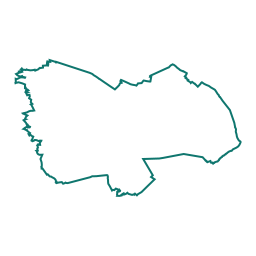 Meierijstad, Noord-Brabant, Netherlands
{"feature_id": "6326949B86116845039505", "entity_name": "Meierijstad", "entity_type": "district", "adm_level": 2, "iso_a3": "NLD", "parent_name": "Netherlands", "parent_adm1": "Noord-Brabant", "projection": "natural_earth1", "projection_center": [5.498, 51.588], "detail": "fine", "context": "isolated", "style": "outline", "palette": "teal", "viewbox_px": 256, "rotation_deg": 0, "n_neighbors": 0, "source": "geoboundaries", "source_scale": "gbopen_adm2", "svg_char_len": 5398}
<svg xmlns="http://www.w3.org/2000/svg" viewBox="0 0 256 256"><path d="M56.4,183.1L58.8,182.5L61.0,182.2L61.8,182.1L63.1,183.7L64.6,183.2L65.5,182.6L66.3,183.0L67.7,183.1L90.2,177.2L91.7,176.5L92.1,176.3L96.2,176.2L103.8,175.4L107.0,175.1L107.4,175.6L107.6,175.6L107.9,176.7L107.9,177.3L107.7,178.0L108.0,179.6L108.1,182.3L108.3,183.8L109.8,186.2L112.0,190.4L112.3,190.0L112.6,189.9L113.1,189.9L114.3,190.1L115.8,188.6L118.7,189.7L118.3,190.2L118.4,190.3L118.6,190.4L119.2,189.8L119.4,190.2L120.1,190.6L120.1,190.9L120.0,191.1L119.6,191.4L118.0,191.8L117.2,191.8L117.1,192.1L117.3,192.7L117.3,193.1L117.0,194.3L117.2,195.1L117.4,195.4L117.2,195.8L119.5,195.9L121.4,195.5L121.3,195.1L121.8,195.0L121.8,194.9L122.4,194.7L122.3,194.1L123.7,193.3L124.2,194.5L125.9,193.9L127.4,192.8L128.0,193.5L128.6,193.9L132.1,194.9L133.8,194.3L134.2,194.7L135.0,193.7L136.9,195.3L137.9,194.2L141.5,192.1L147.5,186.2L154.6,179.3L151.1,177.0L152.8,175.3L143.2,159.0L159.3,158.5L163.1,157.9L183.7,154.0L202.6,157.2L204.7,159.5L206.6,161.1L206.2,161.2L207.3,162.2L210.4,161.0L210.8,162.1L211.0,162.6L211.2,162.8L212.4,162.6L212.6,162.9L213.1,163.6L213.5,163.2L214.1,163.0L214.2,162.6L214.5,162.5L214.6,162.3L215.2,162.2L216.3,161.7L217.6,161.5L218.3,160.7L218.8,160.3L218.7,160.1L218.9,159.7L219.0,159.6L219.3,159.1L219.8,158.9L220.0,158.4L220.5,157.9L220.9,157.8L221.1,157.5L221.4,157.2L222.0,157.0L222.3,156.3L222.5,156.1L223.4,155.8L223.5,155.5L223.8,155.4L224.3,155.3L225.0,154.5L225.7,154.3L225.9,153.8L227.0,153.2L227.7,152.4L228.4,152.1L229.1,151.5L229.9,151.2L230.2,151.1L230.6,150.9L231.6,150.9L232.6,149.7L233.0,149.3L236.5,147.6L238.1,146.5L238.4,146.2L239.5,144.7L240.5,142.5L240.6,142.0L240.5,141.7L240.3,141.4L239.1,140.7L238.7,140.2L237.5,138.2L236.9,136.6L236.5,134.2L235.8,131.8L236.0,129.3L235.9,128.9L235.1,127.3L235.2,127.2L235.0,126.5L234.3,122.8L229.9,110.1L222.6,100.8L220.0,97.0L219.7,97.0L218.9,95.8L218.8,95.3L218.6,95.0L218.6,94.9L217.9,94.3L217.6,93.9L215.9,91.2L214.9,89.8L214.3,89.4L211.0,87.5L208.8,85.9L206.5,85.0L204.2,83.9L201.9,82.3L201.2,82.8L200.3,84.1L197.8,86.7L195.1,84.0L195.0,83.9L194.9,84.0L192.1,81.9L190.8,83.0L190.5,82.3L187.7,80.6L188.2,79.9L185.6,78.0L186.1,77.4L184.8,76.4L186.1,74.9L186.4,74.4L186.8,73.3L186.8,73.2L183.9,71.6L183.4,71.5L183.3,71.2L182.6,71.1L180.8,70.4L180.0,70.0L179.3,69.3L176.9,67.5L175.9,66.4L174.5,65.3L173.6,64.7L172.8,64.6L172.6,64.4L170.7,65.4L168.7,67.5L167.9,67.7L151.7,75.1L150.4,75.7L150.2,75.9L150.3,76.0L150.0,76.8L151.2,76.9L150.4,81.5L150.1,81.6L146.5,81.1L143.7,80.5L143.4,80.7L141.6,83.1L138.0,83.4L137.6,84.1L136.4,85.6L135.3,85.2L132.3,84.7L130.4,84.2L128.9,83.4L125.6,81.9L123.6,81.0L121.0,79.9L120.8,80.2L120.7,80.4L121.0,81.6L121.1,81.8L120.9,81.8L121.6,82.8L120.0,83.3L119.6,84.1L119.3,85.0L117.5,86.9L114.9,89.4L109.5,85.8L109.2,85.6L106.6,83.8L105.1,82.8L103.8,81.9L100.3,79.5L99.6,79.0L99.1,78.9L98.9,78.6L96.4,76.8L94.1,75.4L93.7,75.2L92.5,74.1L91.7,73.7L89.6,72.8L56.0,61.8L55.8,62.3L55.2,61.8L49.8,60.1L49.9,60.5L50.2,61.8L47.3,61.4L47.2,61.9L48.9,62.1L48.2,62.8L48.2,63.1L47.0,63.2L46.9,64.1L47.0,64.5L47.4,64.5L48.2,64.9L48.0,65.6L46.9,65.4L42.9,65.7L43.0,67.6L40.1,68.1L39.9,67.9L39.5,68.1L38.3,69.3L35.2,70.6L34.8,69.7L34.0,69.9L32.2,70.2L30.8,70.3L30.1,70.3L27.0,69.8L26.8,69.5L26.6,69.4L25.8,70.0L23.1,69.6L22.5,69.5L21.8,68.5L21.3,69.1L21.0,69.3L22.4,70.2L21.8,70.4L22.0,71.1L21.8,71.1L22.2,71.8L20.3,72.4L19.5,71.3L18.9,71.5L19.4,72.6L18.5,73.0L18.4,72.9L16.1,74.0L17.1,75.0L18.5,75.9L19.4,76.2L20.8,76.5L22.1,76.0L22.6,76.8L25.1,77.4L24.9,77.8L23.7,77.5L21.5,77.3L19.8,77.6L18.2,78.5L17.0,79.0L16.6,79.1L15.7,78.8L15.8,81.6L15.6,82.4L15.4,82.7L15.5,83.1L15.9,82.9L17.1,82.6L18.6,82.3L22.4,83.4L25.1,84.5L25.0,85.7L25.0,87.6L25.7,87.7L25.7,88.0L25.3,88.2L25.2,88.4L27.7,89.7L28.4,90.4L28.0,90.6L26.0,90.7L25.5,92.0L27.1,92.5L26.0,92.8L27.2,95.3L28.3,94.9L29.5,94.8L29.8,96.3L29.1,98.3L31.2,99.7L30.8,101.9L31.1,102.7L32.3,103.9L30.9,104.5L31.4,104.9L34.2,110.5L32.6,110.8L30.7,110.8L30.0,111.0L29.0,111.3L26.9,112.4L22.9,113.4L23.0,113.5L23.2,113.4L23.3,113.6L27.4,115.5L26.1,116.7L25.0,118.9L25.0,119.1L25.6,119.3L24.3,119.8L23.6,120.2L26.0,122.8L27.3,125.9L27.9,125.6L28.0,125.3L28.4,125.9L28.3,126.0L30.0,126.8L29.8,127.3L29.6,127.4L27.7,127.4L26.6,126.9L24.9,127.9L23.6,128.9L24.6,129.1L25.6,129.7L25.6,129.8L26.1,129.9L26.9,130.5L27.0,130.4L27.1,130.7L28.7,132.1L30.1,133.1L29.7,133.9L28.6,134.1L29.5,135.7L30.1,135.7L29.8,135.6L29.7,135.5L29.7,135.2L29.9,134.9L30.3,134.9L30.6,135.0L31.0,135.2L32.4,136.4L32.7,136.5L33.2,136.5L33.3,136.6L33.2,136.8L32.8,137.6L32.4,139.0L32.0,139.5L31.5,140.3L31.5,140.6L32.1,140.9L32.4,141.2L32.6,141.2L34.0,140.6L34.4,140.4L34.7,140.0L35.3,140.0L36.3,140.1L36.9,140.3L38.5,141.0L39.1,141.0L39.9,140.6L41.3,140.7L41.2,141.0L40.6,141.7L39.8,142.8L40.1,144.8L39.3,144.7L39.1,144.8L38.1,144.3L37.7,144.5L37.5,145.3L37.4,145.4L37.7,145.6L37.7,145.9L37.7,146.5L37.6,146.8L37.7,147.5L37.9,147.7L37.2,148.9L37.8,150.6L37.4,150.7L37.0,150.7L36.5,150.8L36.7,151.0L37.2,152.8L37.5,153.5L38.3,154.3L39.5,154.8L42.3,154.7L40.5,159.0L41.6,162.4L41.8,164.4L41.8,165.3L41.7,166.7L41.4,166.8L41.6,168.6L42.5,168.5L46.9,174.7L47.7,174.3L48.9,175.5L49.3,176.0L49.8,176.4L50.0,176.5L50.8,176.5L51.2,176.6L52.3,177.4L53.8,178.1L54.2,178.4L55.2,179.3L55.7,180.1L55.9,181.1L55.9,181.3L56.1,181.4L56.0,181.5L56.5,182.6L56.1,182.8L56.4,183.1Z" fill="none" stroke="#0f766e" stroke-width="2"/></svg>